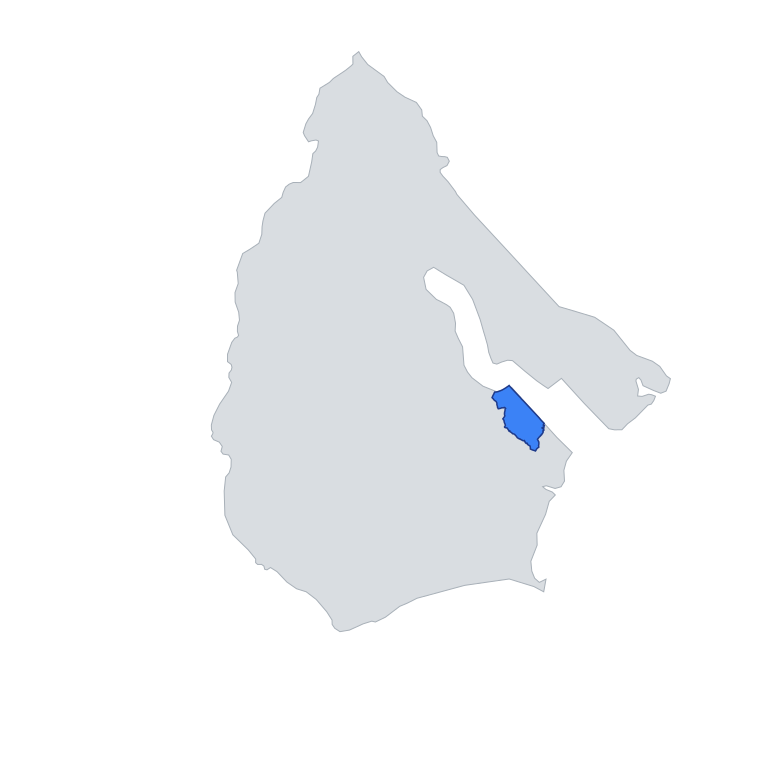 location of Nioro Du Rip, Kaolack, Senegal, rotated 227°
{"feature_id": "50182788B29473400533502", "entity_name": "Nioro Du Rip", "entity_type": "district", "adm_level": 2, "iso_a3": "SEN", "parent_name": "Senegal", "parent_adm1": "Kaolack", "projection": "natural_earth1", "projection_center": [-15.905, 13.752], "detail": "fine", "context": "in_parent", "style": "filled", "palette": "blue", "viewbox_px": 768, "rotation_deg": 227, "n_neighbors": 0, "source": "geoboundaries", "source_scale": "gbopen_adm2", "svg_char_len": 7961}
<svg xmlns="http://www.w3.org/2000/svg" viewBox="0 0 768 768"><g transform="rotate(227 384 384)"><path d="M567.7,353.8L575.8,369.7L574.1,377.4L572.3,388.5L576.8,396.7L582.1,402.0L585.9,406.8L590.1,413.5L590.9,426.9L590.2,436.5L592.9,440.9L595.2,446.4L594.8,451.0L593.3,455.0L588.2,460.4L587.4,470.4L595.7,482.5L601.0,489.1L601.0,492.9L602.5,497.0L606.4,501.8L608.8,500.7L611.4,496.7L612.6,494.0L619.7,495.2L623.1,496.5L627.6,504.4L629.3,509.6L630.5,516.3L635.2,524.5L639.4,530.3L640.3,534.0L644.0,538.9L641.8,549.8L642.0,555.4L639.6,570.0L639.1,577.0L639.2,579.5L644.9,584.7L644.3,592.2L638.6,590.8L628.7,590.0L608.8,593.8L602.0,592.3L588.9,592.8L579.6,594.9L567.8,599.7L558.7,598.5L553.7,594.7L547.2,595.0L539.8,593.0L532.0,589.3L524.8,587.4L517.1,580.7L513.5,579.5L511.0,581.3L508.8,583.5L506.6,584.9L502.4,583.7L500.8,579.1L502.1,574.6L502.5,571.3L500.5,569.4L495.8,568.8L488.2,568.8L476.0,567.5L473.1,566.6L445.7,565.4L417.2,565.3L393.1,565.2L362.6,565.0L341.2,564.9L321.2,564.8L305.8,573.9L289.1,583.6L266.6,588.8L240.8,586.9L232.5,588.3L224.0,592.6L217.7,595.8L208.8,597.7L197.3,596.1L192.6,597.1L189.7,592.6L186.4,585.4L188.5,580.1L195.5,576.7L206.1,572.3L211.6,574.6L214.9,574.7L215.5,571.8L214.4,570.3L206.5,566.4L202.3,561.3L198.9,564.3L196.0,570.6L193.5,572.5L189.9,574.2L187.9,570.0L187.0,565.8L188.6,562.6L187.8,544.7L188.8,535.1L188.3,526.8L193.3,521.3L198.0,517.9L216.5,517.5L233.7,517.2L250.2,517.4L267.1,517.6L268.8,500.9L274.1,499.6L282.1,497.9L297.0,495.8L313.5,493.9L317.1,490.6L319.8,485.1L321.6,480.1L325.0,478.0L329.6,479.6L335.7,482.2L342.0,486.3L349.2,490.0L354.1,492.4L365.6,498.3L385.4,506.5L401.7,509.8L421.3,503.8L435.5,499.9L437.3,492.7L435.0,485.7L424.5,479.3L410.1,480.0L405.7,481.7L399.0,483.9L395.0,484.7L388.2,483.2L379.6,477.7L374.2,472.1L366.6,469.4L357.6,466.8L343.2,455.3L335.7,453.2L328.6,452.6L314.9,454.9L301.6,461.1L294.6,475.0L281.2,474.8L252.9,474.4L226.9,474.0L205.4,474.9L203.2,464.8L198.2,456.7L189.9,449.8L188.1,443.4L190.9,437.9L198.9,433.3L200.7,430.0L196.5,430.5L190.2,433.4L186.0,433.6L185.5,424.8L178.5,413.3L170.6,394.0L161.7,386.1L154.2,370.5L146.4,364.5L139.2,361.7L133.0,362.3L130.8,369.4L123.1,359.1L133.6,355.5L156.0,342.6L181.7,305.7L204.8,262.0L207.8,251.7L210.7,243.8L212.5,226.0L215.8,215.4L218.9,213.3L222.8,205.2L227.6,190.9L232.9,182.9L238.9,181.4L243.5,182.1L246.8,185.0L256.5,186.8L272.6,187.5L285.1,185.4L293.9,180.4L305.4,177.9L319.7,177.8L327.2,175.8L327.9,171.7L329.8,170.4L332.8,172.0L335.6,171.4L338.2,168.5L340.9,168.3L343.5,170.8L355.4,171.6L376.8,170.6L396.5,178.1L414.7,194.1L424.0,204.8L424.6,210.1L427.6,215.5L433.1,220.9L438.0,222.0L442.5,218.5L446.0,218.9L448.6,223.1L453.8,223.9L459.5,221.4L463.6,222.2L464.3,224.7L465.3,226.0L468.1,226.6L471.8,229.8L477.1,238.3L481.4,250.1L484.8,265.4L489.1,273.7L494.6,275.0L497.7,278.1L498.3,281.8L499.9,284.2L502.5,285.6L507.1,284.8L512.5,289.9L518.3,301.1L519.2,306.1L518.3,308.8L518.7,310.8L522.5,312.7L526.2,316.3L529.2,321.8L535.6,326.7L545.4,331.0L552.5,337.4L556.9,345.9L565.9,353.0L567.7,353.8Z" fill="#d9dde1" stroke="#a8b0b8" stroke-width="1"/><path d="M277.5,447.2L277.3,447.1L277.0,447.1L276.7,447.0L276.4,447.0L276.1,447.0L275.8,447.0L275.1,446.7L274.9,446.5L274.7,446.4L274.6,446.2L274.3,446.0L274.0,445.9L273.6,445.7L273.3,445.6L273.2,445.5L272.8,445.4L272.7,445.4L272.0,445.1L271.9,445.0L271.5,444.9L271.1,444.7L270.8,444.4L270.7,443.9L270.6,443.4L270.5,443.1L270.3,443.0L270.3,442.8L269.9,442.7L269.7,442.8L269.3,443.1L268.7,443.3L268.6,443.5L268.4,443.7L268.2,443.9L267.9,444.0L267.6,443.9L267.3,443.9L266.9,443.9L266.6,443.8L266.1,443.8L265.6,443.6L265.3,443.6L264.9,443.5L264.7,443.4L264.5,443.6L264.5,443.4L264.2,443.3L263.9,443.5L263.7,443.6L263.2,443.6L262.9,443.8L262.7,443.8L262.1,443.9L261.9,444.0L261.6,444.1L261.3,444.1L261.2,444.1L260.8,444.1L260.7,444.1L260.3,444.2L260.0,444.1L259.9,444.2L259.5,444.5L259.4,444.6L259.2,444.7L259.0,444.8L258.6,445.0L258.0,445.2L257.8,445.1L257.6,445.2L257.4,445.2L257.2,445.2L256.5,445.1L256.1,445.2L255.9,445.2L255.5,445.1L255.3,445.1L254.6,445.0L254.4,445.0L254.2,444.9L253.7,445.0L253.6,444.9L253.0,445.1L252.4,445.2L251.9,445.4L251.7,445.6L251.3,445.9L251.2,445.8L251.0,446.0L250.9,446.0L250.7,446.0L250.4,446.1L250.0,446.2L249.9,446.3L249.7,446.3L249.4,446.5L249.0,446.6L248.9,446.6L248.7,446.6L248.5,446.8L248.1,446.9L247.9,447.0L247.6,447.0L247.3,447.3L247.2,447.5L247.1,447.8L247.0,448.1L246.9,448.1L246.6,448.0L245.9,447.8L245.8,447.7L245.7,447.8L245.5,447.7L245.3,447.7L244.5,447.4L244.3,447.5L244.2,447.4L243.8,447.5L243.7,447.5L243.5,447.8L243.3,448.1L243.2,448.2L243.1,448.3L242.9,448.2L242.7,448.2L242.4,448.0L242.2,448.0L242.0,447.7L241.9,447.7L241.7,447.8L241.4,447.9L241.2,447.9L240.9,448.0L239.7,448.3L239.4,448.4L239.2,448.5L238.9,448.5L238.8,448.4L238.3,448.1L237.4,447.4L237.2,447.2L236.7,446.8L236.6,446.7L235.4,447.2L234.1,447.8L233.1,448.4L232.4,448.8L232.0,448.9L231.7,449.1L231.9,449.9L232.0,450.3L232.2,450.5L232.3,451.0L232.4,451.8L232.4,452.5L232.4,452.8L232.2,454.1L233.0,454.7L233.3,454.9L233.4,455.0L233.5,455.0L233.8,455.5L234.1,455.8L234.3,456.1L234.5,456.4L235.0,456.8L235.5,457.3L235.8,457.5L236.0,457.7L236.4,457.7L236.6,457.9L236.8,457.9L237.0,458.0L237.4,458.1L237.7,458.2L237.8,458.2L238.0,458.2L238.1,458.3L238.3,458.3L238.5,458.4L238.7,458.5L238.9,458.5L239.0,458.7L239.0,458.9L239.1,459.2L239.1,459.4L239.1,460.0L239.3,460.7L239.3,461.1L239.3,461.4L239.3,461.5L239.3,461.9L239.3,462.2L239.4,462.3L239.4,462.6L239.3,462.9L239.4,463.0L239.4,463.5L239.5,463.6L239.4,463.7L239.4,463.8L239.4,464.4L239.5,464.4L239.5,464.6L239.5,465.0L239.7,465.5L239.8,465.7L239.7,465.8L239.8,466.3L240.0,466.8L240.0,467.1L240.1,467.3L240.3,467.5L240.6,467.9L240.7,468.0L240.8,468.1L241.1,468.0L241.3,468.2L241.5,468.9L241.4,469.0L241.2,469.3L241.2,469.6L241.3,469.7L241.5,469.7L242.1,469.7L242.4,469.8L242.5,470.0L242.6,470.3L242.6,470.6L242.8,470.7L243.1,470.6L243.2,470.4L243.2,470.0L243.2,469.9L243.3,469.7L243.8,469.6L244.1,469.6L244.2,470.0L244.0,470.6L243.9,470.7L243.9,470.8L243.5,471.2L243.3,471.4L243.3,471.6L244.0,472.2L244.1,472.4L244.1,472.6L244.2,472.9L244.3,473.0L244.5,472.8L244.7,472.5L244.8,472.4L245.0,472.3L245.3,472.5L245.5,472.8L245.7,473.1L245.8,473.4L245.8,473.7L245.6,474.2L245.4,474.3L246.0,474.3L250.6,474.2L253.8,474.4L254.3,474.4L255.3,474.4L256.5,474.4L257.1,474.4L263.0,474.4L265.2,474.4L266.8,474.4L276.5,474.4L279.6,474.3L280.4,474.4L281.0,474.4L281.2,474.5L282.0,474.4L283.1,474.4L283.8,474.4L284.5,474.4L285.3,474.4L285.8,474.4L287.6,474.4L289.4,474.4L289.9,474.4L290.3,474.4L291.5,474.4L292.4,474.4L296.4,474.4L297.6,474.5L297.7,473.2L297.8,472.7L298.0,471.6L298.1,470.6L298.4,469.2L299.0,466.4L299.7,464.5L300.1,463.5L300.4,462.7L300.9,461.8L301.3,461.1L302.2,459.9L302.6,459.5L302.4,458.9L302.4,458.7L302.2,458.3L301.9,457.7L301.7,457.1L301.6,456.9L301.4,456.2L301.2,455.7L300.8,454.8L300.7,454.6L300.6,454.3L300.5,454.0L300.5,453.9L300.3,453.7L300.1,453.7L299.4,453.7L299.2,453.8L298.9,453.7L298.6,453.8L298.4,453.8L297.8,453.6L297.5,453.6L296.1,453.7L295.8,453.9L295.6,454.0L295.3,454.0L295.1,454.0L294.6,454.0L294.1,453.9L293.7,453.8L293.3,453.6L293.1,453.5L292.9,453.4L292.4,453.0L292.3,452.8L291.9,452.5L291.3,452.2L291.0,452.0L290.7,451.9L289.9,451.5L289.7,451.2L288.9,450.9L288.5,450.8L288.1,450.8L287.9,451.0L287.8,450.9L287.7,451.1L287.5,451.3L287.1,452.0L287.0,452.3L286.7,452.7L286.6,452.9L286.5,453.2L286.3,454.0L286.1,454.2L286.0,454.3L285.5,454.6L285.1,455.2L285.1,455.4L284.9,455.9L284.8,456.0L284.5,456.2L284.2,456.3L283.9,456.3L284.0,456.2L283.6,456.0L283.4,455.9L283.2,455.7L282.9,455.3L282.7,455.1L282.4,454.9L282.2,454.6L282.1,454.4L281.6,453.8L281.5,453.6L281.4,453.4L281.3,453.2L281.1,453.0L281.1,452.9L280.9,452.7L280.7,452.5L280.6,452.4L280.5,452.2L280.2,452.1L280.0,451.9L279.9,451.6L279.3,451.2L278.9,450.9L278.6,450.9L278.4,450.7L278.1,450.3L277.9,449.6L277.8,449.0L277.8,448.8L277.7,448.4L277.6,448.1L277.5,447.6L277.5,447.2Z" fill="#3b82f6" stroke="#1e3a8a" stroke-width="1.5"/></g></svg>